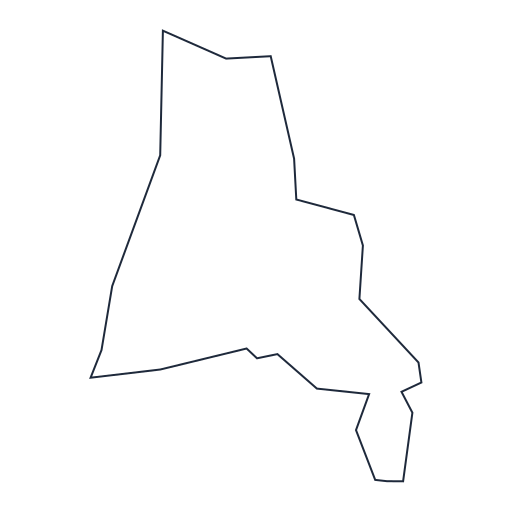 the district of Montour, Pennsylvania, United States of America
{"feature_id": "52423323B26026796638538", "entity_name": "Montour", "entity_type": "district", "adm_level": 2, "iso_a3": "USA", "parent_name": "United States of America", "parent_adm1": "Pennsylvania", "projection": "mercator", "projection_center": [-76.627, 41.027], "detail": "fine", "context": "isolated", "style": "outline", "palette": "slate", "viewbox_px": 512, "rotation_deg": 0, "n_neighbors": 0, "source": "geoboundaries", "source_scale": "gbopen_adm2", "svg_char_len": 446}
<svg xmlns="http://www.w3.org/2000/svg" viewBox="0 0 512 512"><path d="M162.9,30.7L160.2,155.3L112.2,286.1L101.5,350.1L90.6,377.7L160.3,369.5L246.6,348.5L257.0,358.3L277.4,354.1L316.9,388.6L369.1,394.1L356.0,430.1L375.2,479.9L387.0,481.2L403.1,481.3L412.4,412.7L401.5,391.8L421.4,382.5L418.5,362.5L359.4,299.0L362.9,245.5L353.9,215.0L296.3,199.5L294.1,158.7L270.7,56.2L226.1,58.6L162.9,30.7Z" fill="none" stroke="#1e293b" stroke-width="2"/></svg>